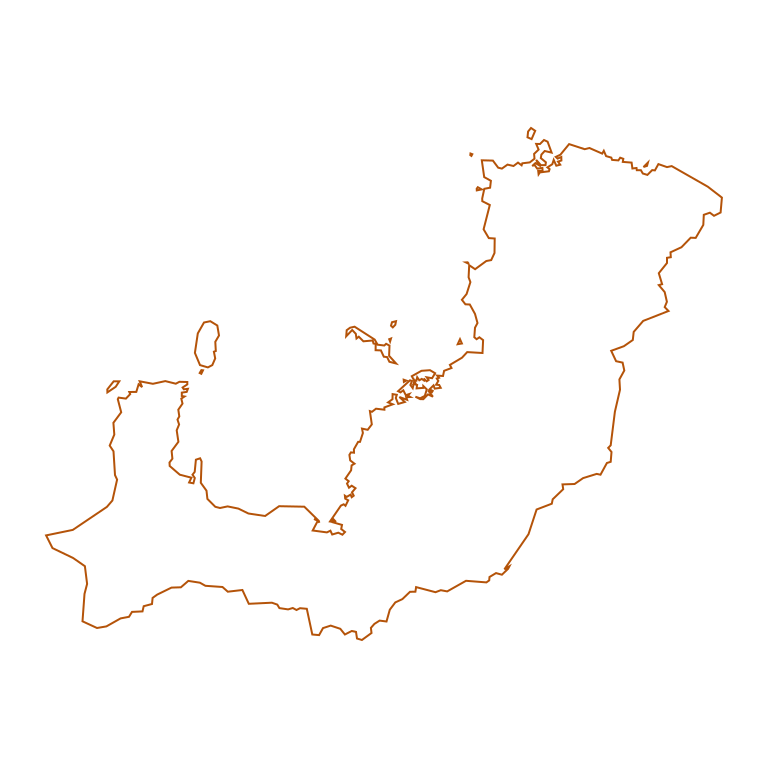 outline of Toli-Toli, Sulawesi Tengah, Indonesia
{"feature_id": "22746128B86630799177927", "entity_name": "Toli-Toli", "entity_type": "district", "adm_level": 2, "iso_a3": "IDN", "parent_name": "Indonesia", "parent_adm1": "Sulawesi Tengah", "projection": "albers", "projection_center": [120.606, 0.981], "detail": "fine", "context": "isolated", "style": "outline", "palette": "amber", "viewbox_px": 768, "rotation_deg": 0, "n_neighbors": 0, "source": "geoboundaries", "source_scale": "gbopen_adm2", "svg_char_len": 6132}
<svg xmlns="http://www.w3.org/2000/svg" viewBox="0 0 768 768"><path d="M720.6,212.5L721.9,197.6L707.8,186.7L671.7,166.1L667.0,167.1L658.4,164.1L654.9,170.4L652.2,170.1L647.4,174.9L642.8,173.5L640.9,170.2L636.8,170.2L636.5,168.0L632.4,168.5L631.6,162.6L622.8,161.9L623.3,158.8L620.2,157.7L618.4,160.4L612.1,159.9L611.3,157.6L606.1,156.1L603.8,150.8L602.2,153.6L589.4,148.0L584.7,149.2L569.1,144.1L560.4,154.7L555.8,156.9L557.6,158.6L561.3,157.0L561.4,160.5L558.0,161.6L560.2,164.7L556.3,165.7L553.7,159.9L552.3,164.2L547.4,167.4L549.6,169.1L548.9,171.3L539.9,172.4L538.6,174.3L538.2,170.9L542.6,170.9L542.4,168.0L537.2,168.6L534.5,164.9L532.2,166.0L535.4,163.1L539.0,165.2L536.2,159.9L540.9,165.2L545.5,165.1L545.9,162.3L540.8,158.1L541.4,154.6L544.7,151.0L551.6,152.6L547.6,141.7L544.0,140.0L540.0,144.0L536.2,143.9L538.6,149.6L534.1,153.9L534.5,158.7L529.8,162.4L522.3,163.3L521.6,165.3L518.0,162.6L513.5,166.0L507.5,164.6L501.9,168.6L498.2,167.7L492.9,160.6L481.8,160.3L484.2,177.1L490.9,180.8L490.1,187.7L484.3,188.8L482.2,198.5L482.3,201.2L489.8,205.0L483.6,229.3L488.8,238.1L494.7,238.5L494.5,253.0L491.2,260.1L486.3,261.0L475.1,269.2L469.2,265.2L468.6,277.3L470.4,282.1L466.6,294.0L461.9,299.8L465.4,304.3L469.8,304.5L475.0,313.9L477.5,323.0L475.0,327.7L474.3,337.2L476.6,339.2L479.4,337.3L483.1,340.1L482.5,353.0L467.2,352.1L462.0,357.7L449.9,364.9L451.5,368.0L444.1,370.8L443.0,376.0L437.2,375.6L439.0,377.8L436.8,378.5L438.3,380.9L436.1,384.7L439.2,385.0L440.7,387.8L434.7,388.6L433.5,385.4L429.6,389.3L432.7,390.9L431.9,392.2L428.2,390.5L432.9,396.7L428.0,394.4L423.3,399.2L420.1,399.1L415.4,396.7L420.1,398.3L424.8,395.9L426.8,389.4L423.3,386.0L423.3,387.9L416.6,388.4L417.1,384.9L414.2,384.2L415.6,383.6L414.3,380.7L412.7,388.1L410.4,385.0L412.0,381.0L410.0,380.3L398.1,391.2L400.5,392.4L403.3,390.3L405.8,395.2L409.3,394.0L408.0,395.7L410.3,397.0L406.2,397.2L407.1,399.8L399.4,397.0L404.8,402.0L398.2,403.9L395.8,398.0L396.8,394.8L392.6,394.1L392.5,399.2L388.1,402.4L392.8,404.3L384.4,407.4L384.4,409.7L376.0,408.7L372.0,411.8L369.9,411.1L371.8,424.4L367.7,429.8L362.0,428.6L362.9,433.0L360.0,441.9L358.1,441.9L353.9,449.3L354.0,452.7L350.9,452.4L349.4,454.9L350.2,460.4L354.5,463.7L351.6,465.4L351.1,470.3L345.4,478.6L348.7,481.2L347.0,483.6L349.0,487.7L351.7,485.7L355.5,488.2L352.0,492.3L353.7,495.7L351.7,497.2L350.6,494.6L346.7,496.9L344.9,495.7L345.2,498.6L348.2,500.3L345.5,505.8L343.7,504.3L340.9,505.6L330.0,521.5L332.6,521.9L333.3,519.1L335.3,521.2L333.6,522.5L342.0,524.9L341.2,529.0L345.0,532.0L342.4,534.7L338.3,532.7L332.2,534.5L330.4,530.7L326.9,532.4L312.7,530.5L317.8,520.8L314.0,519.0L317.8,520.4L319.3,522.7L318.8,520.9L304.3,506.7L279.1,506.2L265.1,516.0L248.4,513.5L238.4,508.6L227.6,506.4L220.0,508.0L215.3,506.8L207.4,498.9L206.5,490.7L200.8,482.8L201.6,461.5L200.1,458.3L195.9,459.7L194.7,471.9L192.5,474.7L194.8,478.0L193.4,483.3L189.1,482.5L191.4,477.7L179.8,474.7L169.7,466.0L169.5,462.5L172.4,458.7L171.6,451.0L178.4,441.8L176.7,430.3L179.1,424.5L177.5,419.6L179.3,416.4L178.3,409.7L182.5,403.6L181.3,398.6L184.5,396.5L181.8,396.0L181.8,392.6L186.7,391.9L187.9,388.8L183.8,389.3L182.6,387.5L187.3,384.4L187.3,382.0L179.4,381.8L175.8,383.7L165.3,381.1L152.9,383.8L139.7,381.3L142.1,387.1L138.6,384.3L136.3,391.9L129.3,392.0L130.2,394.1L125.9,398.6L118.6,397.6L117.8,399.2L121.2,412.3L113.4,422.8L114.3,434.6L109.7,445.6L113.5,451.3L115.0,475.1L117.1,479.6L112.4,500.5L106.9,506.9L72.8,529.9L46.1,535.4L52.5,548.1L73.1,558.0L84.9,566.2L87.1,583.9L84.5,593.9L82.5,621.3L97.0,628.0L106.4,626.4L120.6,618.4L129.0,616.8L132.0,611.9L142.5,611.4L143.7,606.2L152.0,604.0L152.6,597.9L157.2,594.6L171.5,587.6L180.9,587.3L188.3,580.9L199.9,582.7L205.4,585.8L222.5,587.0L227.8,591.7L242.4,590.0L248.8,603.8L271.9,602.7L277.3,604.6L279.4,608.1L288.1,609.4L292.8,608.0L296.5,610.0L300.0,608.2L306.8,608.8L312.3,634.5L319.1,635.1L323.0,628.1L330.7,625.6L340.3,628.8L344.9,634.5L351.7,631.0L356.0,631.9L357.0,638.5L361.9,640.0L371.5,633.0L370.9,627.9L374.4,623.9L379.6,620.6L386.5,621.5L389.8,609.7L395.3,602.4L402.4,599.1L410.0,591.8L415.4,591.7L416.1,587.1L435.5,592.2L440.8,590.2L447.2,591.4L466.0,580.8L486.4,582.4L489.2,580.4L489.5,577.0L496.0,573.1L501.9,574.7L508.1,568.8L509.4,566.3L504.4,569.3L528.5,534.2L536.6,509.5L551.8,503.7L552.7,499.3L563.2,489.2L562.5,484.4L574.6,484.0L583.1,478.1L596.7,473.9L600.5,474.7L606.9,463.0L610.7,461.8L611.5,452.0L608.2,447.9L610.7,445.3L614.9,411.7L620.0,389.7L619.4,379.4L624.3,370.5L622.6,362.6L616.1,361.2L611.2,350.8L623.9,346.2L632.8,340.0L633.7,331.9L643.2,320.9L668.5,311.0L664.7,307.1L666.9,301.8L664.7,292.1L658.8,285.1L662.1,284.2L658.8,273.2L667.0,263.0L667.0,257.8L670.8,257.2L670.5,252.3L681.5,247.2L690.7,237.7L695.7,237.9L703.3,224.9L703.8,214.8L709.9,212.7L714.0,215.8L720.6,212.5ZM215.8,351.0L215.3,341.8L219.0,335.5L217.3,325.5L210.3,321.2L204.0,322.5L197.8,333.4L194.9,352.9L200.0,365.1L207.9,367.4L212.3,365.1L215.2,358.4L213.9,351.7L215.8,351.0ZM374.7,339.6L354.6,326.7L350.1,327.7L346.7,330.2L346.2,336.3L352.2,330.0L355.8,333.8L356.5,338.5L358.8,336.7L363.4,341.3L372.7,340.5L373.5,343.5L375.7,343.9L375.6,350.2L380.9,350.4L383.8,356.7L387.1,357.1L389.4,361.8L396.1,363.5L389.1,355.8L389.5,345.6L386.1,343.8L384.3,345.5L377.6,344.7L374.7,339.6ZM432.1,378.2L435.1,373.2L430.0,370.2L421.5,370.8L411.8,376.2L413.9,380.1L416.4,380.7L417.2,377.2L419.3,380.3L421.8,378.9L425.0,381.2L423.7,378.5L426.7,381.3L428.6,380.0L426.7,377.3L432.1,378.2ZM531.6,139.1L535.2,130.8L531.0,128.0L528.1,131.5L527.5,137.3L531.6,139.1ZM107.4,392.4L115.7,386.8L119.3,381.3L113.7,381.3L107.3,389.4L107.4,392.4ZM392.8,327.4L395.3,324.8L396.0,321.2L392.0,322.2L391.0,325.7L392.8,327.4ZM457.7,344.2L461.9,343.5L460.0,339.2L457.7,344.2ZM481.7,189.4L477.8,187.2L476.7,188.7L476.8,190.4L481.7,189.4ZM643.5,167.0L647.0,165.9L647.9,162.6L643.5,167.0ZM203.0,370.3L201.4,370.1L199.7,373.0L201.3,373.8L203.0,370.3ZM390.1,341.5L391.0,338.5L389.2,339.2L390.1,341.5ZM406.3,380.6L403.7,379.7L403.9,381.9L406.3,380.6ZM472.3,154.2L470.5,153.5L470.3,155.1L471.4,155.9L472.3,154.2ZM468.9,263.9L467.6,262.3L465.9,262.4L468.9,263.9Z" fill="none" stroke="#b45309" stroke-width="2"/></svg>